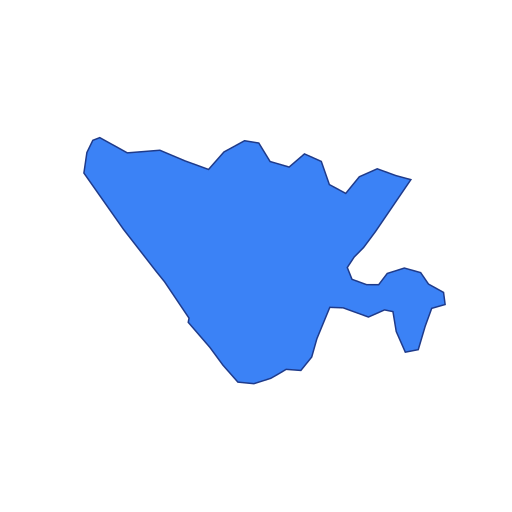 outline of Goyang-si, Gyeonggi, South Korea, rotated 20°
{"feature_id": "91817680B27371207272645", "entity_name": "Goyang-si", "entity_type": "district", "adm_level": 2, "iso_a3": "KOR", "parent_name": "South Korea", "parent_adm1": "Gyeonggi", "projection": "robinson", "projection_center": [126.873, 37.651], "detail": "fine", "context": "isolated", "style": "filled", "palette": "blue", "viewbox_px": 512, "rotation_deg": 20, "n_neighbors": 0, "source": "geoboundaries", "source_scale": "gbopen_adm2", "svg_char_len": 897}
<svg xmlns="http://www.w3.org/2000/svg" viewBox="0 0 512 512"><g transform="rotate(20 256 256)"><path d="M215.0,341.5L244.0,357.7L262.3,369.9L282.1,380.7L297.7,376.7L311.8,365.8L317.8,358.7L323.1,352.2L337.3,348.2L342.9,331.9L341.5,312.9L342.9,279.0L355.6,274.9L382.5,274.9L395.2,262.7L403.7,261.4L413.6,279.0L429.2,295.3L440.5,288.5L439.0,264.1L439.0,245.1L450.3,236.9L448.4,233.2L444.7,226.1L427.7,223.4L416.4,215.3L399.5,216.6L385.3,227.5L381.1,241.0L369.8,245.1L354.2,245.1L345.7,235.6L348.6,223.4L354.2,211.2L359.9,192.2L375.4,131.3L359.9,132.6L340.1,132.6L326.0,146.2L318.9,166.5L300.5,163.8L285.0,144.8L266.6,143.5L256.7,161.1L236.9,162.4L220.0,148.9L205.8,151.6L190.3,169.2L181.8,190.9L156.4,190.9L129.5,189.5L99.8,203.1L68.7,198.2L63.1,203.1L61.7,216.6L65.9,236.9L122.4,276.3L167.6,304.7L178.9,311.5L214.3,337.3L215.0,341.5Z" fill="#3b82f6" stroke="#1e3a8a" stroke-width="1.5"/></g></svg>